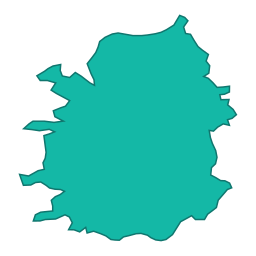 the district of Boa Esperança do Iguaçu, Paraná, Brazil
{"feature_id": "56859067B49303915936139", "entity_name": "Boa Esperança do Iguaçu", "entity_type": "district", "adm_level": 2, "iso_a3": "BRA", "parent_name": "Brazil", "parent_adm1": "Paraná", "projection": "albers", "projection_center": [-53.234, -25.634], "detail": "fine", "context": "isolated", "style": "filled", "palette": "teal", "viewbox_px": 256, "rotation_deg": 0, "n_neighbors": 0, "source": "geoboundaries", "source_scale": "gbopen_adm2", "svg_char_len": 1937}
<svg xmlns="http://www.w3.org/2000/svg" viewBox="0 0 256 256"><path d="M215.5,163.8L217.0,157.3L215.7,150.6L212.3,143.3L210.4,137.6L209.2,130.4L213.5,131.1L217.7,127.1L223.2,123.9L229.4,125.3L227.5,119.7L232.0,118.4L236.4,114.7L233.1,109.4L227.7,104.9L229.0,99.5L220.9,99.7L219.8,94.7L224.5,94.2L229.4,92.0L229.5,86.2L223.2,87.0L217.1,87.4L212.9,82.7L208.3,78.3L203.7,76.5L208.8,73.2L209.7,65.7L206.1,61.1L208.4,54.5L202.3,50.1L198.0,46.6L194.1,40.5L190.5,34.3L185.6,33.5L183.6,27.0L187.9,20.8L184.7,17.4L179.7,15.4L173.9,25.1L166.3,29.8L161.1,32.3L155.2,33.8L147.6,35.0L141.7,35.6L132.9,35.6L118.1,33.0L112.3,34.0L105.1,37.3L99.7,41.5L98.1,47.1L95.8,52.5L92.4,57.1L87.2,63.7L91.1,73.8L94.0,79.7L94.5,85.3L89.9,82.9L81.2,76.2L75.3,72.5L69.7,77.5L62.3,76.0L60.2,70.5L60.7,64.5L53.0,66.0L48.1,68.6L44.5,71.3L36.9,75.8L40.2,80.5L47.4,80.5L55.7,82.9L51.1,90.1L56.3,93.4L62.3,96.6L69.7,100.6L65.5,106.2L61.0,107.7L53.3,110.8L54.9,116.7L63.4,121.1L54.0,122.4L44.3,121.2L33.0,121.2L29.0,123.9L23.7,128.7L32.0,129.6L39.4,130.7L49.3,129.3L54.6,131.8L49.4,133.9L43.9,135.6L46.1,152.4L45.2,158.3L43.0,162.8L44.3,169.3L38.1,170.7L28.6,176.0L19.6,174.4L21.2,179.1L23.4,185.3L30.8,185.0L35.5,182.5L40.8,182.0L46.1,185.3L49.5,188.0L54.9,189.2L60.5,189.5L64.5,191.3L60.1,194.6L55.3,196.7L51.3,200.3L52.7,206.0L52.7,211.0L47.3,211.5L40.7,212.2L35.4,214.8L33.3,221.0L40.1,220.9L45.3,219.5L55.6,219.0L65.0,214.8L69.4,217.0L72.3,222.8L68.6,229.7L74.0,229.8L79.7,231.9L85.7,227.4L87.1,233.0L93.6,231.2L100.7,233.7L105.9,235.9L110.9,239.5L115.0,240.0L119.4,240.2L123.5,236.9L128.7,235.7L136.1,233.7L141.0,233.4L147.5,235.2L150.9,237.7L155.7,239.9L161.1,240.6L166.0,239.5L172.5,234.6L180.6,221.7L191.6,215.7L195.4,219.5L204.5,219.5L207.6,214.2L212.7,210.4L216.4,207.5L218.2,200.2L223.3,194.3L227.4,189.5L231.7,187.8L229.6,183.1L224.9,180.8L220.6,180.6L215.7,177.6L210.7,175.0L211.5,167.6L215.5,163.8Z" fill="#14b8a6" stroke="#0f766e" stroke-width="1.5"/></svg>